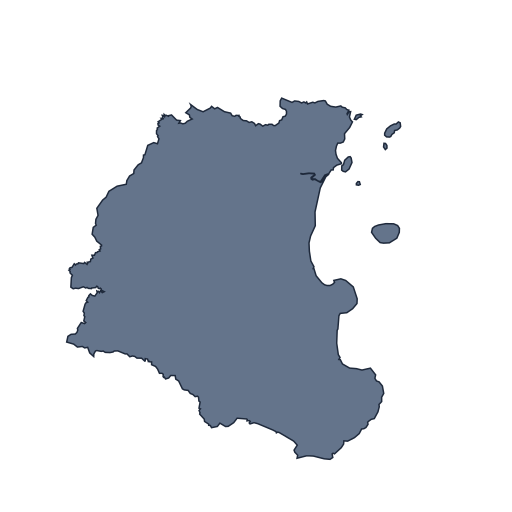 South Santo, Sanma, Vanuatu (Natural Earth projection), rotated 291°
{"feature_id": "77236927B84597259035429", "entity_name": "South Santo", "entity_type": "district", "adm_level": 2, "iso_a3": "VUT", "parent_name": "Vanuatu", "parent_adm1": "Sanma", "projection": "natural_earth1", "projection_center": [166.9, -15.558], "detail": "fine", "context": "isolated", "style": "filled", "palette": "slate", "viewbox_px": 512, "rotation_deg": 291, "n_neighbors": 0, "source": "geoboundaries", "source_scale": "gbopen_adm2", "svg_char_len": 6103}
<svg xmlns="http://www.w3.org/2000/svg" viewBox="0 0 512 512"><g transform="rotate(291 256 256)"><path d="M412.6,223.4L409.5,223.0L404.4,224.8L403.2,227.8L403.4,231.0L402.0,232.6L399.4,233.6L397.0,233.2L395.7,231.3L392.3,231.2L390.8,229.5L388.3,229.7L384.5,227.1L384.1,225.6L384.7,223.8L383.5,220.7L382.3,220.1L382.0,217.8L379.6,215.8L380.6,212.6L380.4,210.8L377.5,209.0L379.2,207.1L379.8,204.0L378.2,201.7L378.8,198.7L377.9,195.5L378.8,192.2L380.1,191.4L380.2,190.0L381.2,189.8L380.1,186.9L378.8,186.1L378.4,183.5L380.3,181.1L379.4,174.8L380.9,166.8L378.6,164.7L379.8,160.9L377.7,160.3L371.7,154.9L371.7,148.7L374.0,140.6L372.8,141.8L370.9,142.0L364.6,139.1L363.9,143.2L361.7,144.6L361.0,147.3L357.2,143.6L354.6,142.4L353.2,140.4L353.1,137.8L352.3,136.4L355.3,136.9L354.4,133.2L357.4,126.6L355.7,124.1L355.1,124.2L355.2,121.6L354.5,121.3L355.2,119.6L353.4,120.4L354.0,119.2L353.7,118.1L352.9,119.0L351.1,119.0L350.9,120.8L350.4,118.3L349.9,119.1L346.2,116.5L345.5,117.8L344.3,117.0L343.1,117.8L342.7,119.6L340.0,117.9L339.0,118.6L337.4,118.2L334.5,119.3L333.3,121.4L332.2,121.3L330.6,123.4L325.5,123.8L325.2,119.9L320.5,115.3L310.7,116.0L309.9,114.8L307.4,115.7L301.9,115.7L298.9,113.3L292.6,111.3L289.2,112.3L285.4,109.3L280.1,108.4L276.5,109.2L271.4,101.3L263.7,95.5L257.2,95.0L253.3,92.8L243.5,90.3L237.3,94.0L232.9,93.4L228.9,94.5L227.5,95.8L224.4,93.8L217.6,95.2L215.8,98.8L212.8,102.0L210.9,107.9L210.0,108.2L209.2,107.2L207.0,108.4L205.7,107.4L204.8,108.6L203.2,106.6L202.2,106.3L201.6,105.0L198.8,104.9L197.9,102.5L195.6,104.5L193.9,102.9L191.4,103.4L189.7,100.8L189.3,101.5L187.6,101.3L188.6,98.3L187.2,97.9L186.0,92.7L184.9,92.6L184.2,91.2L182.9,90.7L183.6,89.1L179.4,88.3L178.5,86.7L177.4,86.3L176.7,87.2L175.7,86.4L174.9,88.1L173.6,88.4L172.2,91.5L169.6,91.4L160.6,94.3L159.9,97.1L161.3,99.0L162.0,102.0L165.4,105.8L165.1,108.5L166.1,109.5L165.7,111.1L166.6,114.1L167.3,114.1L169.1,117.7L170.7,118.1L170.7,119.1L169.3,120.4L169.4,121.6L170.2,122.1L169.7,123.4L168.7,123.7L168.3,127.1L166.7,125.6L167.9,123.3L165.7,123.0L166.6,121.7L166.1,121.3L166.3,120.0L164.8,120.9L160.8,119.9L160.5,117.2L161.3,115.0L159.1,114.1L157.9,114.6L157.2,113.9L153.5,113.5L152.6,115.4L151.5,114.1L149.8,113.7L142.4,114.4L141.2,116.2L138.7,116.7L138.0,117.9L133.7,118.5L132.8,120.9L131.4,120.1L131.3,116.7L124.4,115.2L123.0,116.2L120.5,116.2L118.4,115.3L116.6,111.4L113.6,109.2L107.8,110.1L108.4,117.4L107.0,121.9L109.3,126.3L108.8,129.0L110.4,131.6L105.9,135.5L104.0,140.5L106.4,139.7L109.8,140.2L110.7,141.3L111.5,145.7L112.5,147.4L112.0,149.8L113.5,154.3L115.2,157.0L116.5,157.7L117.9,161.0L117.7,169.0L118.4,170.5L116.7,174.3L118.4,176.5L118.8,178.8L118.0,181.4L119.6,185.8L118.0,189.8L118.4,190.2L120.5,189.4L120.9,191.7L118.9,193.3L119.5,193.7L119.1,194.7L119.7,196.5L117.1,197.5L116.9,201.8L115.2,204.6L111.9,207.9L112.8,210.4L112.3,211.8L110.1,212.5L109.6,213.4L110.1,213.8L108.8,215.6L110.8,218.2L113.9,219.2L115.4,223.4L112.3,225.2L111.6,228.6L105.6,234.9L105.3,237.0L106.2,240.8L104.1,243.9L104.1,246.7L102.9,249.6L104.2,251.7L103.6,252.9L100.1,254.7L99.6,256.2L93.5,257.3L93.4,258.9L91.4,258.2L89.6,259.9L88.2,260.1L85.2,266.1L83.1,267.3L82.1,272.1L81.0,272.5L81.4,274.1L79.8,276.0L83.0,281.0L87.0,282.2L85.9,288.7L87.0,291.1L92.4,294.9L97.8,296.5L100.5,305.7L100.2,306.5L98.9,306.6L99.9,308.9L99.5,309.9L97.7,309.5L97.1,310.6L99.7,313.9L100.1,317.8L99.6,334.0L99.2,337.6L98.2,338.4L99.4,339.4L99.5,340.9L96.7,357.5L94.2,362.3L88.4,361.1L86.7,362.6L85.0,366.3L81.9,366.8L87.5,374.7L88.8,378.2L89.8,381.3L91.1,392.3L92.7,398.0L95.4,399.9L98.5,398.0L99.5,398.6L99.4,400.2L107.6,404.3L111.8,405.2L114.9,404.3L116.0,407.9L121.7,413.0L127.2,416.0L132.3,416.6L133.5,418.7L135.3,420.1L139.0,420.9L140.8,419.8L141.8,420.2L144.8,422.1L146.6,424.7L154.2,425.7L159.4,425.1L161.5,424.0L165.1,425.5L169.2,423.9L173.5,424.5L179.9,420.6L182.6,416.0L182.5,413.3L184.4,410.8L187.9,410.3L192.3,403.0L187.5,395.8L186.8,390.0L184.9,383.6L186.2,375.4L189.4,371.9L189.1,370.5L191.4,370.8L193.4,368.2L203.5,362.6L215.7,358.4L217.2,358.6L230.0,354.8L232.6,355.2L235.6,361.1L241.4,365.1L247.8,367.3L252.3,365.8L262.0,357.9L265.3,348.5L265.1,343.4L261.1,337.4L259.5,338.8L257.1,337.7L255.0,335.7L253.9,332.8L253.7,330.3L254.6,327.1L259.1,319.2L265.1,314.5L264.8,313.9L266.8,313.9L271.0,309.0L279.6,304.1L287.2,300.8L294.2,299.8L305.5,300.5L318.3,295.3L342.6,291.6L355.1,292.8L357.9,294.4L358.1,293.7L356.0,292.2L349.0,291.0L347.8,289.8L348.6,283.5L347.3,281.4L347.7,279.9L349.1,279.3L352.7,281.6L353.6,280.9L352.1,276.0L349.1,270.5L348.8,268.9L349.0,267.8L349.5,270.5L352.3,275.6L354.0,280.8L352.9,282.1L348.9,280.0L348.0,280.4L349.1,283.7L348.3,286.7L348.5,289.6L356.2,291.3L358.2,293.5L358.4,294.3L363.3,295.4L364.0,297.2L366.3,296.7L369.8,298.9L372.8,302.7L373.7,302.3L376.4,297.0L379.7,294.2L383.0,292.4L387.6,291.7L390.7,291.9L391.6,294.3L393.7,296.6L397.1,296.9L401.9,294.8L409.5,297.4L415.8,298.0L416.8,295.8L419.3,293.4L424.7,292.6L424.0,291.2L420.9,290.5L421.5,290.0L425.4,290.5L425.3,288.2L426.3,286.2L425.8,283.2L426.5,281.4L423.6,277.1L422.5,272.0L423.2,268.1L425.6,265.2L425.4,263.5L422.5,258.4L420.0,256.1L419.9,253.9L416.4,249.6L418.0,248.1L416.7,247.5L417.0,245.5L415.2,243.7L415.6,240.5L414.6,236.5L412.3,234.6L412.6,223.4ZM335.4,373.0L332.7,365.6L328.8,359.2L326.1,356.2L323.6,354.8L319.5,355.4L315.4,361.4L313.0,367.1L313.7,370.4L316.1,375.8L323.1,381.1L329.4,381.3L333.2,380.0L335.2,377.3L335.4,373.0ZM425.7,334.9L421.5,332.5L416.8,332.1L414.9,332.8L414.0,335.2L414.9,338.1L415.9,339.0L418.2,339.3L420.6,340.9L422.8,340.4L424.3,342.7L427.0,344.3L428.8,344.6L432.0,342.9L432.2,340.9L429.4,339.5L428.7,337.7L425.7,334.9ZM372.6,304.9L370.9,303.8L366.9,305.2L366.3,307.0L366.6,309.4L370.5,311.7L377.7,312.1L381.6,309.7L382.5,308.3L381.5,306.6L377.2,304.5L372.6,304.9ZM423.4,299.1L418.9,298.8L419.2,300.7L422.3,302.4L423.6,304.4L424.3,303.2L426.1,304.4L426.0,302.7L423.4,299.1ZM407.1,335.1L403.5,336.0L401.7,338.6L403.7,339.6L406.1,338.6L407.5,336.6L407.1,335.1ZM362.0,324.5L359.7,323.7L358.4,324.2L358.8,326.4L360.1,327.7L362.4,325.9L362.0,324.5Z" fill="#64748b" stroke="#1e293b" stroke-width="1.5"/></g></svg>